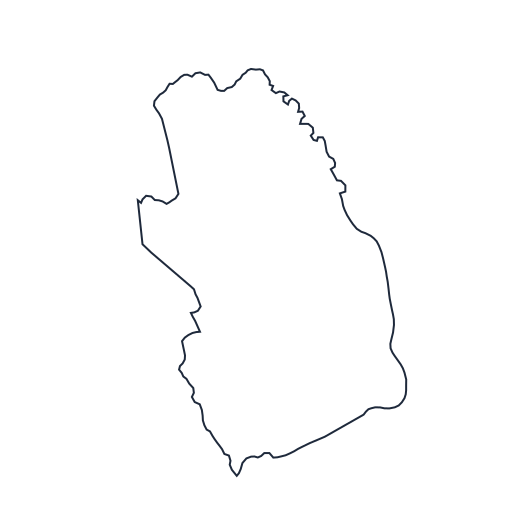 Imaruí, Santa Catarina, Brazil (Equal Earth projection), rotated 336°
{"feature_id": "56859067B62277062400963", "entity_name": "Imaruí", "entity_type": "district", "adm_level": 2, "iso_a3": "BRA", "parent_name": "Brazil", "parent_adm1": "Santa Catarina", "projection": "equal_earth", "projection_center": [-48.829, -28.216], "detail": "fine", "context": "isolated", "style": "outline", "palette": "slate", "viewbox_px": 512, "rotation_deg": 336, "n_neighbors": 0, "source": "geoboundaries", "source_scale": "gbopen_adm2", "svg_char_len": 2873}
<svg xmlns="http://www.w3.org/2000/svg" viewBox="0 0 512 512"><g transform="rotate(336 256 256)"><path d="M140.3,394.5L142.6,397.5L143.1,402.7L143.7,406.5L144.6,410.9L145.5,414.5L146.4,418.6L146.6,424.0L150.1,427.3L149.4,432.7L147.1,436.0L147.0,441.5L149.0,449.0L152.0,447.5L155.4,444.4L159.4,439.6L164.9,437.0L169.9,437.3L173.0,438.5L175.7,440.8L179.4,440.8L183.4,439.4L188.1,441.5L189.8,447.2L193.7,448.6L197.4,449.3L202.0,450.1L206.7,450.1L211.4,449.9L216.0,449.3L220.2,449.1L229.2,448.8L238.9,449.0L245.3,449.1L289.8,444.7L293.1,442.9L296.4,441.7L299.4,442.0L303.3,442.7L307.8,444.8L311.4,447.4L315.9,449.5L321.3,450.7L325.6,450.6L329.7,449.0L333.8,446.3L336.5,443.3L338.5,439.8L340.6,435.1L343.0,429.9L344.2,423.0L344.5,418.3L344.1,413.9L343.0,408.4L342.0,403.5L341.4,399.8L341.4,395.1L343.0,390.9L345.6,387.4L350.1,381.6L354.0,375.1L356.2,369.8L357.4,365.0L358.2,361.0L359.5,355.1L360.8,349.4L362.0,345.3L363.8,339.7L365.8,333.2L367.1,327.9L368.4,323.3L369.3,319.1L370.2,314.6L371.2,309.5L372.2,303.5L372.5,296.5L372.2,291.7L370.8,287.7L369.0,284.2L365.2,279.6L362.1,276.7L359.1,272.1L357.5,266.4L356.7,262.1L355.8,255.7L355.7,249.7L356.0,245.7L357.6,239.0L358.1,232.9L363.8,233.5L366.4,227.8L364.2,221.9L360.7,219.8L360.2,213.4L359.6,207.1L364.3,206.5L366.1,203.2L366.1,198.7L363.2,194.9L362.9,189.5L364.5,183.4L365.6,178.9L365.3,174.8L361.0,172.8L358.5,175.6L355.8,173.4L355.0,168.3L358.5,166.9L360.1,161.9L357.5,156.6L353.8,154.9L350.0,153.2L353.4,149.2L357.5,147.9L357.2,143.0L353.1,141.4L355.6,138.4L357.1,134.2L355.5,130.0L352.8,126.8L349.4,127.8L346.8,130.6L344.0,125.9L345.9,121.3L350.3,122.0L348.4,118.1L344.4,115.3L340.4,115.3L337.7,110.7L340.8,107.6L338.1,105.1L339.7,101.9L339.4,97.5L338.1,93.7L337.9,89.3L335.5,87.0L331.7,85.7L327.5,83.1L323.9,83.0L321.1,84.4L317.4,85.0L313.7,87.6L309.0,88.4L306.2,90.7L302.6,91.8L298.0,90.9L294.1,92.2L291.2,90.9L288.5,88.6L288.3,80.6L287.2,74.7L286.3,71.0L283.1,69.8L279.7,65.6L275.0,64.4L270.4,66.1L267.1,62.5L264.1,61.3L260.0,61.8L255.9,63.5L253.0,64.2L250.0,65.0L247.1,63.5L243.9,65.6L240.9,67.9L237.5,69.0L233.9,69.4L230.6,71.0L226.2,73.3L223.9,77.2L224.5,81.9L225.4,86.1L225.9,92.4L222.1,114.4L220.6,121.9L210.4,167.7L205.9,170.6L201.6,171.1L198.7,171.7L195.5,172.0L192.9,168.2L189.9,165.6L186.3,163.7L184.6,159.1L180.1,156.3L175.4,158.1L172.6,160.7L170.7,157.0L157.1,199.1L161.7,210.3L183.9,256.9L185.8,261.2L185.2,266.4L185.5,270.4L185.2,275.2L184.9,279.6L180.6,282.4L176.6,282.4L173.4,281.5L173.5,285.7L174.0,290.6L174.0,297.0L174.0,302.4L170.5,301.2L166.7,300.5L162.1,300.7L157.8,301.6L153.8,303.7L152.7,308.8L151.6,314.0L150.7,318.0L148.8,321.6L145.3,324.3L141.8,325.6L139.5,328.5L140.6,332.6L140.6,336.5L142.5,339.9L143.1,345.4L145.0,351.1L143.6,355.7L140.1,358.7L140.6,364.5L144.3,368.6L143.9,374.7L142.3,380.2L140.6,384.6L140.0,389.7L140.3,394.5Z" fill="none" stroke="#1e293b" stroke-width="2"/></g></svg>